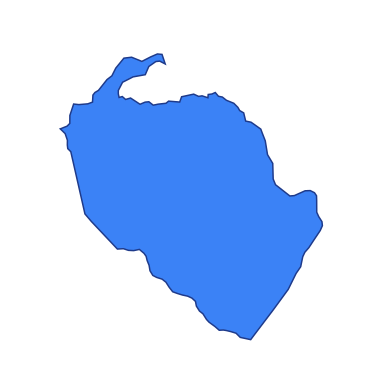 Glorinha, Rio Grande do Sul, Brazil (Robinson projection), rotated 315°
{"feature_id": "56859067B49954070433936", "entity_name": "Glorinha", "entity_type": "district", "adm_level": 2, "iso_a3": "BRA", "parent_name": "Brazil", "parent_adm1": "Rio Grande do Sul", "projection": "robinson", "projection_center": [-50.759, -29.883], "detail": "fine", "context": "isolated", "style": "filled", "palette": "blue", "viewbox_px": 384, "rotation_deg": 315, "n_neighbors": 0, "source": "geoboundaries", "source_scale": "gbopen_adm2", "svg_char_len": 1687}
<svg xmlns="http://www.w3.org/2000/svg" viewBox="0 0 384 384"><g transform="rotate(315 192 192)"><path d="M265.1,69.9L258.2,67.2L248.9,64.2L244.6,54.0L238.5,49.2L225.7,50.5L217.5,53.2L211.4,52.4L197.7,54.0L193.7,53.0L190.5,53.4L185.2,58.1L180.7,56.0L173.8,50.2L170.5,46.1L159.8,51.5L154.1,57.1L150.2,57.1L143.5,54.2L143.6,61.0L140.5,67.3L137.0,70.7L134.8,73.5L134.8,77.8L100.8,131.8L100.0,141.7L98.9,179.6L103.4,183.6L105.8,188.3L109.3,192.2L114.2,195.4L114.7,201.4L114.1,205.0L111.8,208.8L109.8,213.5L106.6,218.0L105.3,223.3L106.6,227.4L109.2,232.4L109.8,237.3L108.5,243.2L107.8,248.9L109.9,253.4L112.4,258.1L115.3,262.6L116.9,266.9L117.1,271.8L114.4,275.8L113.1,281.5L113.6,285.9L112.1,292.5L112.0,296.4L113.1,303.2L113.5,309.0L116.6,311.8L118.5,314.5L120.8,318.3L123.3,323.0L123.3,328.9L129.1,337.9L134.7,337.1L166.0,332.8L191.2,328.9L208.0,323.2L216.0,321.7L224.5,316.1L229.2,314.4L235.2,314.0L243.9,312.2L255.5,309.9L260.4,308.0L262.9,304.9L264.2,299.0L265.9,294.5L274.1,286.2L277.4,282.7L278.1,279.1L276.6,274.6L272.8,271.1L261.8,266.9L258.4,264.0L256.2,245.9L258.6,240.2L269.3,228.9L271.8,219.0L280.0,207.6L283.4,199.9L285.1,196.2L283.8,188.3L283.1,184.4L280.1,179.8L284.5,172.6L283.3,168.1L284.3,164.6L284.3,158.8L281.2,151.5L280.6,146.3L278.4,143.0L278.8,138.1L275.4,136.8L272.4,134.5L269.9,136.6L267.1,131.1L264.3,129.1L262.4,124.0L252.0,117.3L246.9,119.7L239.7,111.2L236.4,110.9L230.1,105.9L226.0,103.2L225.3,97.7L222.4,95.3L217.3,93.2L215.0,82.1L210.5,79.6L210.2,75.2L207.3,73.6L209.3,70.5L211.7,68.1L220.5,65.3L228.5,67.9L231.7,68.9L241.9,76.0L250.2,72.7L258.7,74.2L261.7,76.6L263.6,82.5L268.1,73.5L265.1,69.9Z" fill="#3b82f6" stroke="#1e3a8a" stroke-width="1.5"/></g></svg>